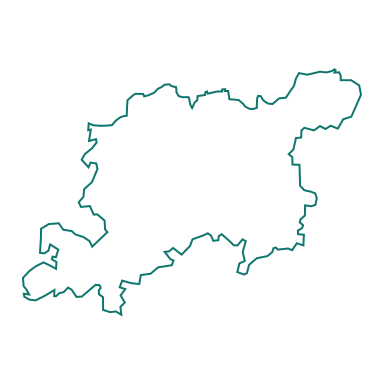 Chirakchi, Kashkadarya, Uzbekistan
{"feature_id": "79887680B89374870504997", "entity_name": "Chirakchi", "entity_type": "district", "adm_level": 2, "iso_a3": "UZB", "parent_name": "Uzbekistan", "parent_adm1": "Kashkadarya", "projection": "albers", "projection_center": [66.298, 39.115], "detail": "fine", "context": "isolated", "style": "outline", "palette": "teal", "viewbox_px": 384, "rotation_deg": 0, "n_neighbors": 0, "source": "geoboundaries", "source_scale": "gbopen_adm2", "svg_char_len": 2927}
<svg xmlns="http://www.w3.org/2000/svg" viewBox="0 0 384 384"><path d="M88.7,123.4L88.2,130.2L90.8,129.6L89.0,141.0L96.0,139.2L96.6,142.5L91.8,148.5L84.8,154.1L81.7,159.8L88.5,167.3L90.6,162.6L96.2,163.4L97.5,168.9L91.9,182.2L84.2,189.1L83.4,196.9L78.7,202.2L80.9,206.9L89.9,206.1L93.7,214.6L97.4,214.4L104.6,220.6L105.1,229.4L107.4,232.1L92.2,246.6L89.6,241.2L83.4,237.0L75.5,234.5L71.6,231.0L63.3,229.8L58.8,223.3L48.8,224.1L41.1,228.7L40.9,238.5L40.0,252.9L44.3,253.4L48.4,250.7L50.1,244.4L58.3,249.6L55.9,257.3L52.6,256.6L51.9,259.3L56.5,262.0L56.0,268.8L50.1,265.6L43.5,262.4L35.8,266.3L29.5,270.9L23.0,277.9L23.6,286.0L26.5,289.7L29.1,294.5L23.8,293.7L24.4,296.8L29.3,299.6L35.6,300.4L45.3,295.5L54.4,290.0L54.2,296.1L56.2,296.1L59.3,293.1L63.6,292.2L68.0,287.6L71.6,289.7L76.5,296.9L81.8,296.6L95.6,284.8L99.5,285.2L100.8,287.9L98.8,290.3L99.0,294.3L103.0,297.1L103.1,309.9L110.0,312.1L116.0,311.5L121.3,314.7L120.4,306.9L124.8,302.6L120.6,295.4L125.3,289.1L119.7,287.3L122.2,280.6L131.4,283.2L139.3,284.0L140.8,275.0L150.5,273.8L158.2,267.3L168.2,265.8L171.8,265.2L173.5,260.5L170.3,259.1L164.7,251.9L169.1,251.3L173.1,248.0L181.6,254.6L190.0,246.0L192.5,239.3L203.1,235.5L207.8,233.3L211.1,235.7L213.3,240.8L218.3,240.2L218.7,236.2L221.7,234.2L229.2,240.8L233.8,245.3L237.5,245.4L242.5,239.4L245.8,241.2L242.7,251.9L244.8,261.0L239.5,263.3L237.3,272.0L243.9,274.5L246.9,273.2L249.1,264.8L256.8,258.2L267.4,256.1L272.2,252.2L273.5,248.2L275.9,247.5L277.8,249.6L288.1,248.5L292.1,250.2L296.8,243.3L303.4,245.4L303.9,234.7L298.0,234.2L298.0,230.5L302.0,228.2L303.1,225.2L299.8,222.4L300.5,219.4L304.9,215.5L305.1,205.4L311.4,206.2L315.4,204.9L316.8,198.2L315.2,193.4L310.9,191.7L304.3,190.2L300.1,185.7L299.5,164.8L292.5,164.6L292.3,157.2L288.7,154.1L293.4,149.5L295.9,138.1L301.2,137.5L301.4,130.5L304.4,127.8L314.0,130.4L320.0,126.1L325.6,129.0L330.6,125.7L337.8,128.6L343.3,119.2L351.3,116.7L361.0,94.7L359.2,85.4L351.1,80.2L340.7,80.2L340.7,75.7L339.1,72.3L334.5,72.6L335.6,70.2L334.5,69.3L331.8,71.1L326.4,72.4L320.0,71.7L314.3,73.1L307.2,74.7L299.0,73.1L295.9,78.7L294.0,85.8L289.8,91.8L285.9,97.7L279.1,98.4L277.0,100.2L272.5,104.0L268.1,103.6L264.5,101.4L262.8,99.6L260.8,96.2L258.1,95.9L257.2,98.3L256.8,105.2L256.8,107.9L252.9,109.0L249.7,108.9L245.3,106.7L243.0,103.7L238.6,100.0L229.4,99.2L228.1,91.0L225.1,91.0L225.2,89.2L222.2,89.4L222.2,91.5L218.6,91.4L216.3,91.7L210.6,93.0L207.7,93.6L207.1,91.5L205.3,92.3L205.0,95.0L197.6,96.1L197.2,100.3L194.8,102.3L192.1,108.0L190.4,104.9L189.8,102.2L189.0,97.7L188.1,97.1L182.5,97.2L180.5,96.6L178.4,95.9L177.8,94.7L176.4,92.0L176.4,89.3L175.9,86.9L174.4,86.9L171.2,85.9L169.4,84.3L164.1,84.8L162.3,86.6L157.8,88.9L154.2,92.7L148.3,95.3L144.1,96.4L143.3,94.0L135.6,93.8L133.8,94.7L127.5,100.2L127.1,106.2L126.7,115.8L123.7,116.1L120.5,117.2L115.7,120.7L112.0,125.1L107.3,125.6L100.2,125.8L93.4,125.3L88.7,123.4Z" fill="none" stroke="#0f766e" stroke-width="2"/></svg>